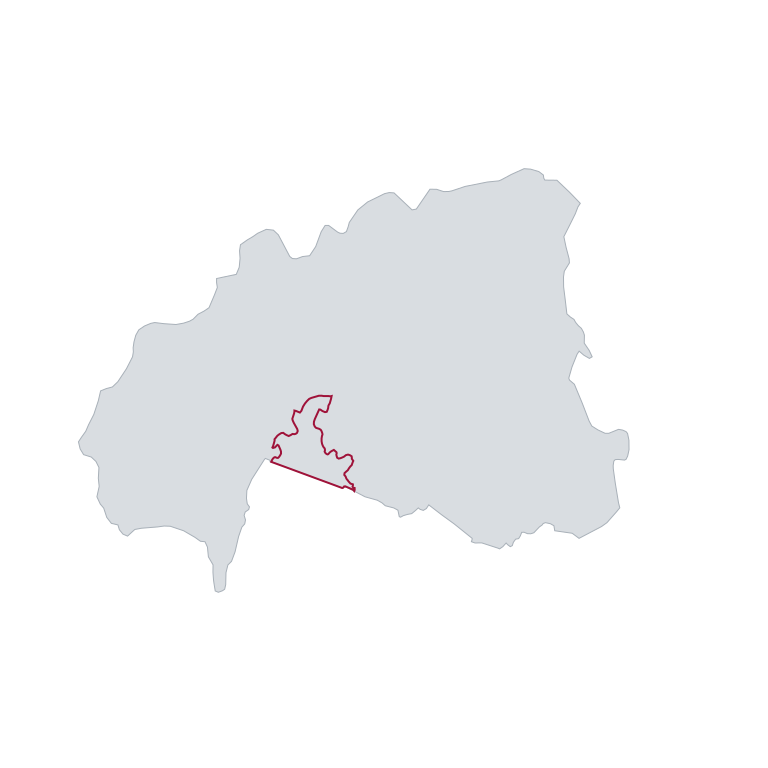 Sissili on a map of Burkina Faso (Equal Earth projection), rotated 21°
{"feature_id": "BFA-2820", "entity_name": "Sissili", "entity_type": "Province", "adm_level": 1, "iso_a3": "BFA", "parent_name": "Burkina Faso", "parent_adm1": "", "projection": "equal_earth", "projection_center": [-2.182, 11.448], "detail": "fine", "context": "in_parent", "style": "outline", "palette": "rose", "viewbox_px": 768, "rotation_deg": 21, "n_neighbors": 0, "source": "natural_earth", "source_scale": "10m", "svg_char_len": 5003}
<svg xmlns="http://www.w3.org/2000/svg" viewBox="0 0 768 768"><g transform="rotate(21 384 384)"><path d="M549.4,496.4L532.2,497.3L525.9,499.8L522.1,499.9L522.0,497.8L521.6,496.5L499.8,489.5L484.5,485.4L469.1,480.8L468.2,485.1L466.0,487.9L462.7,488.1L460.4,487.4L458.8,490.7L456.3,495.1L452.7,497.3L449.2,500.0L447.2,502.4L445.8,502.4L442.2,496.8L437.6,496.2L428.8,497.2L424.8,495.7L419.4,494.9L406.7,496.1L386.4,493.8L383.0,495.0L382.2,496.0L362.0,496.3L339.9,496.6L321.3,496.8L305.1,497.0L305.1,496.1L299.9,496.0L299.3,497.8L294.7,520.3L294.1,532.5L296.6,540.1L299.3,544.9L302.4,546.9L302.7,549.7L300.3,553.2L300.5,556.8L303.4,560.5L304.1,564.5L302.6,568.6L302.9,578.4L305.1,594.1L305.2,604.2L303.1,608.9L304.1,616.8L308.1,628.0L308.8,632.7L307.3,634.9L304.0,637.8L300.6,637.7L296.7,631.0L295.0,627.9L291.8,621.1L289.2,614.1L285.5,611.1L282.0,608.3L277.6,599.5L273.4,595.4L269.0,596.6L262.5,594.9L249.5,592.8L235.4,593.4L229.6,595.4L223.8,598.6L209.2,605.6L203.5,609.1L199.1,617.9L194.1,617.7L189.2,614.9L186.1,610.9L179.4,611.8L173.0,607.9L166.8,600.3L162.2,597.8L156.4,592.2L154.8,581.7L151.1,574.4L147.8,564.1L142.8,559.5L136.9,557.1L128.9,557.6L123.6,553.5L119.5,547.5L120.6,542.3L122.5,535.0L122.8,527.9L124.0,516.4L123.3,502.0L121.9,492.0L126.4,487.8L131.5,484.1L134.7,477.3L138.1,462.0L139.5,448.8L138.5,443.9L136.8,440.0L135.5,434.3L134.8,427.4L135.7,421.3L139.6,415.7L144.5,411.0L147.9,408.8L157.1,406.5L168.5,403.0L175.1,399.0L179.9,395.1L182.6,391.9L185.4,385.5L189.8,380.5L193.3,375.5L193.8,361.6L193.8,353.6L191.3,349.2L189.9,345.5L206.8,334.6L207.0,326.9L204.6,318.3L201.4,311.4L200.1,305.4L204.8,298.4L209.0,293.1L212.0,288.6L218.7,281.8L225.6,280.0L231.9,282.6L250.3,298.7L253.5,299.7L257.4,298.5L262.3,294.2L268.6,290.9L271.0,280.2L270.8,264.3L272.2,257.1L275.5,255.8L286.2,258.8L288.9,259.0L292.0,258.0L294.3,255.2L294.2,250.1L293.7,245.6L297.2,230.9L303.5,219.9L316.3,206.1L320.3,203.4L324.9,202.0L347.8,211.4L351.5,209.1L357.1,185.7L363.3,183.4L370.7,183.0L375.6,181.0L378.1,179.4L388.9,170.5L408.1,158.4L418.4,153.2L420.4,151.3L427.8,142.7L437.6,132.8L443.8,130.9L452.4,130.2L457.9,131.8L459.4,134.6L461.1,136.0L472.4,131.8L488.5,138.5L502.5,145.0L501.6,149.2L501.6,156.5L500.5,168.1L499.1,182.0L504.9,191.0L511.9,200.7L513.7,204.5L511.9,214.1L513.2,219.7L516.9,229.0L523.2,240.8L529.6,253.0L534.0,254.7L538.2,255.6L540.8,257.8L544.5,259.9L548.3,261.3L551.5,264.0L553.6,266.6L556.3,274.1L563.5,279.1L568.6,284.0L566.6,286.5L560.3,285.5L554.4,283.4L553.6,287.0L553.4,300.8L554.4,312.3L555.8,313.9L561.8,316.0L576.0,330.9L588.8,345.1L593.1,348.8L600.2,350.2L608.1,350.8L611.5,349.5L619.2,342.3L623.3,341.5L627.0,341.7L629.1,342.9L632.8,348.7L636.3,357.5L637.3,364.0L637.0,367.5L635.9,368.8L629.6,370.5L626.9,371.8L626.2,373.7L627.2,378.1L628.4,380.9L635.4,393.6L645.4,410.7L648.5,415.1L646.8,420.2L641.8,433.6L638.1,439.2L621.4,458.2L613.2,455.9L596.0,459.8L593.4,455.4L589.4,454.8L584.4,455.6L582.6,457.2L582.1,459.1L580.3,461.7L577.2,469.2L574.7,471.2L571.7,472.3L567.9,472.2L565.7,473.1L565.7,476.9L565.1,480.1L562.5,481.7L561.5,485.4L561.7,488.9L560.2,490.6L557.0,489.7L555.0,488.7L553.2,493.3L551.0,496.5L549.4,496.4Z" fill="#d9dde1" stroke="#a8b0b8" stroke-width="1"/><path d="M394.6,494.6L393.9,494.2L393.1,493.8L384.6,493.4L383.5,493.9L383.0,495.5L382.2,496.1L371.8,496.2L357.2,496.4L342.1,496.6L326.0,496.8L312.9,497.0L306.6,497.1L306.7,496.1L306.7,495.1L307.0,493.6L307.6,492.2L308.5,491.3L310.8,491.3L311.7,490.8L312.2,489.5L312.6,487.8L312.8,485.9L312.0,483.9L310.7,482.3L307.6,479.2L306.3,479.0L304.9,482.3L304.0,482.9L303.3,483.5L302.6,483.3L302.7,481.5L302.2,476.2L301.6,474.8L301.9,474.0L303.0,470.5L304.1,468.7L305.7,466.6L307.5,465.7L309.3,466.3L311.3,466.6L313.7,466.7L315.2,465.1L316.5,463.4L318.2,463.0L319.4,462.2L320.3,460.8L320.3,458.8L319.1,457.1L313.7,452.6L311.8,450.7L310.9,449.4L310.6,443.5L310.2,441.6L309.9,440.9L311.4,440.7L315.7,440.8L316.5,438.6L316.5,434.1L317.2,430.5L318.3,427.3L319.5,424.7L321.2,423.0L327.4,418.3L329.9,417.3L332.0,416.9L336.7,415.1L338.4,414.7L339.4,414.0L339.9,417.0L340.3,421.7L340.0,422.8L339.9,424.3L340.5,426.5L340.6,428.5L340.5,430.5L339.0,431.4L336.2,431.3L333.8,430.7L332.6,431.0L332.0,441.5L332.1,444.3L332.9,446.7L334.6,448.5L336.3,449.3L339.5,449.1L341.3,449.4L342.6,450.4L343.9,451.9L344.6,453.0L344.7,453.4L344.7,454.6L345.2,457.1L346.2,459.7L347.5,461.9L348.9,463.5L350.2,464.6L351.7,465.4L352.6,466.8L352.8,468.4L354.0,469.4L355.3,469.9L356.4,470.0L357.1,469.5L357.9,467.3L358.8,465.8L360.8,463.5L364.0,464.7L364.6,465.5L364.8,467.0L365.5,468.1L366.7,469.6L368.4,469.9L369.6,469.1L370.7,468.2L372.6,466.3L373.9,464.1L375.7,462.8L376.9,462.7L377.9,462.7L379.7,463.1L380.4,464.4L380.8,465.4L382.9,466.8L382.8,467.7L382.9,471.4L382.2,472.8L381.5,475.2L381.1,477.5L380.2,479.1L379.1,481.3L379.5,483.1L381.3,484.1L382.5,485.5L383.6,486.4L384.6,486.8L385.5,487.5L388.4,489.0L390.9,488.8L391.3,489.7L391.4,491.1L392.5,491.9L393.8,491.6L394.6,493.4L394.6,494.6Z" fill="none" stroke="#9f1239" stroke-width="2"/></g></svg>